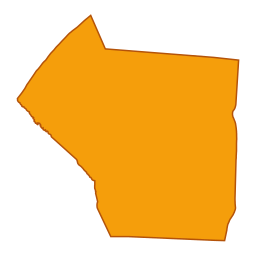 the district of Independencia, La Rioja, Argentina
{"feature_id": "61730980B36977394728144", "entity_name": "Independencia", "entity_type": "district", "adm_level": 2, "iso_a3": "ARG", "parent_name": "Argentina", "parent_adm1": "La Rioja", "projection": "equal_earth", "projection_center": [-67.668, -30.094], "detail": "fine", "context": "isolated", "style": "filled", "palette": "amber", "viewbox_px": 256, "rotation_deg": 0, "n_neighbors": 0, "source": "geoboundaries", "source_scale": "gbopen_adm2", "svg_char_len": 5103}
<svg xmlns="http://www.w3.org/2000/svg" viewBox="0 0 256 256"><path d="M224.6,240.6L226.8,230.2L227.0,228.4L227.2,227.3L227.4,226.2L227.6,225.2L227.9,224.1L228.4,223.1L228.8,222.2L229.2,221.2L229.6,220.2L230.1,219.2L230.7,218.4L232.4,215.8L233.0,214.9L233.5,213.9L233.9,213.0L234.4,212.0L234.7,211.0L235.1,210.0L235.4,208.9L235.5,207.8L235.4,206.8L235.2,204.6L235.1,203.5L235.1,202.4L235.0,200.2L235.0,198.0L236.0,160.0L236.1,158.9L236.2,157.8L236.2,155.6L236.3,154.5L236.4,152.3L236.5,151.2L236.5,150.1L236.5,146.8L236.5,145.7L236.5,143.5L236.6,140.3L236.7,139.2L236.6,135.9L236.6,133.7L236.5,132.6L236.5,131.5L236.3,129.3L236.2,128.2L235.9,126.0L235.7,124.9L235.6,123.9L235.3,122.8L235.0,121.8L234.6,120.8L233.4,117.8L232.9,116.8L232.7,115.8L232.5,114.7L232.5,113.6L232.6,112.5L232.8,111.4L233.4,110.5L234.0,109.7L234.6,108.8L235.0,107.8L235.3,106.8L235.6,105.8L235.8,104.7L235.9,103.6L238.6,60.1L213.7,57.4L105.3,48.9L90.7,15.4L86.8,18.6L84.5,20.5L83.0,21.9L79.3,25.3L77.8,26.7L77.1,27.3L76.3,27.9L73.9,29.7L72.3,30.9L70.8,32.2L70.0,32.8L69.2,33.5L68.5,34.2L67.8,34.9L65.7,37.2L62.9,40.1L62.2,40.8L60.1,43.1L59.5,43.8L57.3,46.0L56.6,46.7L55.9,47.5L54.6,49.1L54.0,49.9L53.3,50.6L51.9,52.1L51.2,52.8L50.5,53.6L49.9,54.4L48.0,56.9L47.4,57.8L46.8,58.7L46.2,59.5L45.6,60.3L44.1,61.6L43.4,62.4L42.7,63.1L39.6,67.3L38.9,68.1L38.3,68.9L36.9,70.3L36.2,71.1L35.6,72.0L33.9,74.6L33.3,75.5L28.0,83.2L27.4,84.0L26.8,84.9L25.8,86.8L25.3,87.7L24.8,88.6L24.2,89.5L23.6,90.3L22.4,92.1L21.2,93.7L18.0,97.8L17.7,98.2L17.4,98.7L17.5,98.9L17.5,99.3L17.6,99.5L17.5,100.2L17.6,100.5L17.8,101.0L18.1,101.4L18.2,101.5L18.5,102.0L18.8,102.2L19.0,102.3L19.2,102.5L19.5,102.6L19.8,102.7L19.8,103.0L20.1,103.4L20.3,103.8L20.5,104.1L20.7,104.4L20.8,104.5L21.2,104.9L21.4,104.9L21.6,105.3L21.8,105.5L21.9,105.8L21.9,106.2L21.9,106.3L22.0,106.4L22.5,106.7L22.8,106.8L23.1,106.8L23.4,106.8L23.6,106.8L24.0,107.0L24.0,107.3L24.1,107.5L24.3,107.8L24.7,108.0L25.1,108.3L25.4,108.5L26.0,109.0L26.3,109.5L26.4,109.8L26.6,110.1L26.9,110.4L27.2,110.7L27.4,110.8L27.6,111.0L27.9,111.2L28.2,111.4L28.5,111.6L29.0,111.7L29.3,111.8L29.5,112.1L29.3,112.7L29.4,113.0L29.5,113.4L29.8,113.9L30.0,114.0L30.3,114.4L30.7,114.9L31.1,115.5L31.2,115.8L31.3,116.0L31.5,116.2L31.7,116.5L32.1,116.7L32.3,116.7L32.6,116.9L32.6,117.1L33.2,117.3L33.4,117.4L33.5,117.5L33.4,117.6L33.2,117.7L33.2,117.9L33.1,118.0L33.1,118.4L33.1,118.6L33.3,118.8L33.7,119.0L34.2,119.4L34.3,119.5L34.4,119.9L34.4,120.0L34.2,120.4L34.1,120.6L34.0,120.9L34.1,121.2L34.2,121.3L34.3,121.5L34.5,121.5L34.8,121.8L35.0,122.0L35.2,122.4L35.3,122.5L35.4,122.9L35.5,123.2L36.1,123.3L36.3,123.3L36.5,123.3L36.6,123.5L36.8,123.8L36.9,124.0L37.0,124.1L37.4,124.4L37.4,124.5L37.6,124.6L37.8,124.6L38.0,124.3L38.1,124.0L38.1,123.9L38.1,123.7L37.9,123.4L37.8,123.0L38.0,123.0L38.5,123.1L39.2,123.2L39.3,123.3L39.6,123.4L39.6,123.5L39.7,123.8L39.8,124.0L40.0,124.2L40.3,124.3L40.5,124.5L40.6,124.8L40.6,125.0L40.4,125.3L40.2,125.6L40.2,125.8L40.3,125.9L40.8,126.0L40.9,126.3L40.9,126.7L40.9,126.9L41.0,127.1L41.3,127.4L41.4,127.5L41.5,127.7L41.7,127.9L42.1,127.9L42.3,128.1L42.4,128.5L42.5,128.6L42.9,128.5L43.0,128.4L43.0,128.5L43.1,128.8L43.1,129.0L43.3,129.4L43.3,129.7L43.5,129.9L43.9,130.0L44.1,130.0L44.5,130.3L44.8,130.3L45.0,130.2L45.4,129.9L45.7,130.3L45.7,130.5L45.5,130.9L46.0,131.3L46.2,131.6L46.5,131.7L47.0,131.6L47.1,131.3L47.4,131.2L47.6,131.3L47.9,131.8L48.0,132.1L48.2,132.6L48.2,133.1L48.4,133.4L48.7,133.7L48.9,133.8L49.1,134.0L49.3,134.0L49.9,134.2L50.3,134.5L50.7,134.8L51.1,135.3L51.2,136.1L51.4,136.8L76.4,159.3L76.5,159.4L76.6,159.6L76.8,159.9L76.9,160.1L77.0,160.2L77.1,160.4L77.1,160.6L77.2,160.8L77.4,161.2L77.4,161.4L77.3,161.7L77.4,161.9L77.6,162.6L77.8,163.1L77.8,163.3L77.9,163.6L78.2,164.0L78.5,164.2L78.6,164.5L78.9,164.9L79.1,165.0L79.3,165.1L79.6,165.4L79.9,165.6L80.1,165.7L80.4,165.9L80.5,166.0L80.9,166.3L81.5,166.9L81.7,167.1L81.8,167.2L82.1,167.5L82.4,167.9L82.8,168.2L82.9,168.4L83.1,168.6L83.3,168.8L83.5,169.2L83.7,169.4L83.7,169.6L83.9,169.8L84.5,170.3L84.6,170.5L84.9,170.8L85.2,171.0L85.4,171.3L85.6,171.6L85.8,171.7L85.9,171.8L86.2,171.9L86.3,172.0L86.5,172.1L86.6,172.3L86.6,172.5L86.7,172.9L86.8,173.1L86.9,173.3L87.0,173.6L87.2,173.8L87.3,173.9L87.4,174.0L87.6,174.0L87.8,174.1L88.0,174.3L88.2,174.8L88.3,174.9L88.4,175.0L88.6,175.0L88.9,175.3L89.0,175.5L89.3,175.9L89.5,176.4L89.7,176.6L89.7,176.9L89.9,177.2L90.3,177.4L90.5,177.4L90.9,177.5L91.4,178.4L91.6,178.5L91.7,178.8L91.8,179.1L91.9,179.4L92.0,179.6L92.9,180.1L93.0,180.3L93.6,180.5L93.9,180.6L94.4,180.6L94.7,180.6L94.8,180.7L94.8,184.8L94.8,185.0L94.7,185.4L94.7,185.8L94.7,186.3L94.7,186.5L94.7,187.2L94.7,187.6L94.7,188.0L94.8,188.3L94.8,188.6L94.9,188.8L95.1,189.1L95.1,189.4L95.2,189.5L95.4,190.1L95.4,190.4L95.5,190.5L95.5,190.8L95.6,191.2L95.8,191.5L95.7,191.6L95.8,191.7L95.8,191.8L95.8,192.1L95.7,192.6L95.6,193.1L97.6,201.5L97.6,201.8L97.6,202.0L97.5,202.3L97.3,202.7L97.3,202.9L97.2,203.1L97.1,203.7L97.0,204.7L97.0,205.1L97.0,205.7L97.1,207.1L97.2,207.7L97.5,208.5L110.8,236.6L128.7,236.6L214.5,240.3L224.6,240.6Z" fill="#f59e0b" stroke="#b45309" stroke-width="1.5"/></svg>